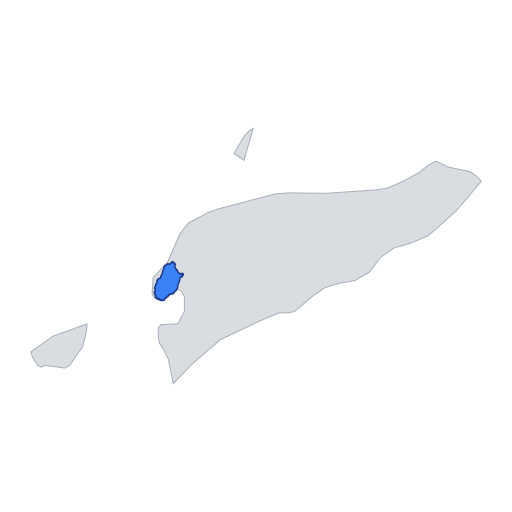 location of Balibo, Bobonaro, East Timor
{"feature_id": "22284137B63057021325797", "entity_name": "Balibo", "entity_type": "district", "adm_level": 2, "iso_a3": "TLS", "parent_name": "East Timor", "parent_adm1": "Bobonaro", "projection": "equal_earth", "projection_center": [125.004, -8.961], "detail": "fine", "context": "in_parent", "style": "filled", "palette": "blue", "viewbox_px": 512, "rotation_deg": 0, "n_neighbors": 0, "source": "geoboundaries", "source_scale": "gbopen_adm2", "svg_char_len": 5463}
<svg xmlns="http://www.w3.org/2000/svg" viewBox="0 0 512 512"><path d="M173.2,383.6L168.4,359.5L163.4,349.1L159.4,343.2L158.1,335.8L158.3,328.2L160.7,324.7L177.7,323.8L184.4,311.3L184.4,296.4L181.0,291.3L177.7,289.2L160.1,300.4L155.1,298.4L152.1,294.3L153.1,277.7L167.5,262.2L179.8,234.1L188.4,222.9L208.5,212.4L216.6,209.4L275.0,193.9L288.9,192.9L326.0,193.3L375.5,190.0L387.8,187.9L403.6,181.0L419.0,172.6L427.2,165.9L435.7,161.1L448.5,167.1L470.1,171.7L475.9,175.8L481.3,181.3L456.1,211.0L428.5,235.5L411.5,242.9L394.0,247.9L380.6,257.4L369.3,272.2L354.8,280.6L338.6,283.4L324.7,287.8L312.1,296.6L294.5,311.5L287.4,313.0L279.9,312.7L265.4,318.4L220.2,339.7L192.8,363.5L173.2,383.6ZM30.7,352.0L53.1,336.1L87.1,323.9L86.2,332.8L82.7,346.9L77.6,353.5L69.8,365.4L64.7,368.0L44.3,365.4L41.7,367.1L38.2,365.9L33.0,358.3L30.7,352.0ZM253.2,128.4L243.9,160.4L233.9,153.5L244.6,135.6L249.7,130.2L253.2,128.4Z" fill="#d9dde1" stroke="#a8b0b8" stroke-width="1"/><path d="M164.4,265.9L164.2,266.5L164.1,266.9L163.9,267.4L163.9,267.7L163.9,268.4L163.9,268.6L163.7,269.0L163.5,269.7L163.0,270.5L162.8,270.9L162.5,272.1L162.5,272.3L162.4,272.7L162.4,273.2L162.3,273.3L162.0,274.3L161.9,274.6L161.6,275.0L161.1,275.4L161.1,275.6L161.0,276.2L160.8,277.0L160.7,277.3L160.5,277.7L160.0,278.2L159.8,278.3L159.7,278.5L159.2,278.4L158.9,278.5L158.5,278.9L158.4,278.9L158.3,279.0L158.3,278.9L158.1,279.0L157.9,279.1L157.7,279.4L157.6,279.7L157.5,280.0L157.3,280.2L157.0,280.6L156.9,280.6L156.9,280.8L157.0,281.0L157.1,281.7L157.0,282.0L157.0,282.5L156.9,282.7L156.9,282.8L156.7,282.8L156.6,283.0L156.3,283.5L156.3,283.8L156.3,284.0L156.0,284.2L155.9,284.3L155.8,284.5L155.7,284.5L155.7,284.8L155.7,285.0L155.7,285.3L155.7,285.5L155.5,285.8L155.4,285.8L155.3,286.1L155.2,286.4L155.1,286.5L155.1,286.8L155.0,287.1L154.9,287.1L154.8,287.4L154.7,287.5L154.6,287.9L154.6,288.1L154.6,288.3L154.8,288.5L155.1,288.6L155.2,289.0L155.3,289.2L155.2,289.3L155.1,289.6L155.0,289.8L155.1,290.0L155.1,290.7L155.2,291.0L155.1,291.5L155.2,291.9L154.8,291.8L154.7,291.9L154.4,291.8L154.4,293.7L154.6,294.0L154.8,294.4L155.0,294.5L155.1,294.9L155.4,295.1L155.5,295.2L155.5,295.3L155.8,295.3L155.7,295.5L155.7,295.9L155.6,296.1L155.5,296.3L155.6,296.5L155.6,296.9L155.5,297.1L155.8,297.2L155.9,297.3L155.8,297.5L156.0,297.6L156.3,297.5L156.5,297.8L156.5,298.0L156.8,298.3L156.9,298.1L157.0,298.0L156.9,297.9L156.9,297.7L157.0,297.5L157.1,297.4L157.3,297.5L157.4,297.9L157.4,298.2L157.4,298.8L157.5,299.0L157.8,299.3L158.1,299.3L158.5,299.2L158.8,299.3L159.1,299.2L159.2,298.9L159.3,298.8L159.6,298.9L160.0,299.4L160.2,300.0L160.3,300.2L160.5,300.3L161.0,300.5L161.3,300.5L161.5,300.6L161.8,300.5L162.0,300.4L162.1,299.7L162.3,299.7L162.5,300.3L163.0,300.4L163.2,300.5L163.3,300.5L163.6,300.5L163.7,300.4L163.9,300.3L164.4,300.1L164.5,300.0L164.8,299.5L164.9,298.8L165.0,298.6L165.1,298.4L165.2,297.9L165.3,297.7L166.1,297.8L166.5,297.8L166.7,297.6L166.8,297.4L166.8,297.0L166.7,296.7L166.8,296.4L167.0,296.3L167.2,296.5L167.4,296.6L167.9,296.6L168.0,296.5L168.2,296.2L168.1,295.8L168.2,295.6L168.4,295.4L168.6,295.4L168.8,295.2L169.0,294.6L169.3,294.8L169.5,294.5L169.7,294.4L170.4,294.4L170.8,294.4L171.1,294.4L171.2,294.2L171.3,293.9L171.6,293.6L171.8,293.5L172.0,293.5L172.3,293.7L172.6,293.8L173.0,293.7L173.3,293.6L173.5,293.3L173.7,293.1L173.8,292.9L173.8,292.7L174.0,292.7L174.3,292.6L174.6,292.1L174.9,291.7L175.0,291.5L175.1,291.2L175.9,290.7L176.0,290.6L176.1,290.4L176.3,290.2L176.4,289.9L176.5,289.7L176.6,289.4L176.9,289.2L177.0,288.9L177.2,288.6L177.4,288.2L177.6,287.4L177.6,287.1L177.6,286.8L177.7,286.7L177.8,286.4L177.9,286.1L177.9,285.8L177.9,285.6L177.8,285.3L177.8,285.1L178.0,284.4L178.1,283.6L178.2,283.4L178.3,283.3L178.8,282.9L178.9,282.7L179.0,282.4L179.2,282.0L179.1,281.7L179.3,281.0L179.6,280.5L179.6,280.3L179.7,279.3L179.7,278.7L179.8,278.6L179.9,278.4L180.1,278.0L180.3,277.8L180.4,277.7L180.6,277.2L181.0,277.2L181.5,277.0L181.9,276.9L182.0,276.9L182.0,276.7L182.4,276.3L182.6,276.1L182.8,275.8L182.9,275.5L183.2,275.0L183.2,274.6L183.2,274.1L183.2,273.9L182.8,273.9L182.6,273.9L182.4,274.0L182.1,274.3L181.9,274.1L181.9,273.9L181.8,274.0L181.7,274.0L181.1,274.1L181.0,273.8L180.9,273.9L180.9,274.0L180.8,273.9L180.7,273.9L180.4,273.9L180.2,273.7L179.9,273.7L179.7,273.8L179.7,273.7L179.7,273.4L179.3,273.1L179.1,273.1L178.8,273.1L178.6,272.8L178.4,272.7L178.0,272.0L178.0,271.8L177.7,271.7L177.6,271.1L177.3,270.7L177.3,270.4L177.1,270.2L176.8,269.8L176.8,269.7L176.6,269.7L176.4,269.9L176.3,269.5L176.3,269.4L176.1,269.1L176.0,268.9L175.9,268.7L175.7,268.5L175.5,268.1L175.3,267.5L174.9,266.9L174.9,266.5L174.7,266.1L174.7,265.8L174.8,265.6L174.9,265.2L175.0,264.8L175.3,264.7L175.4,264.4L175.3,264.2L175.2,264.1L174.8,263.8L174.8,263.7L174.7,263.6L174.7,263.4L174.4,263.0L174.3,262.8L174.2,262.7L173.9,262.6L173.7,262.6L173.6,262.8L173.2,262.6L173.0,262.4L172.9,262.0L172.8,261.9L172.7,261.9L172.7,261.7L172.4,261.7L172.4,261.9L172.3,262.1L172.2,262.2L171.9,262.2L171.7,262.2L171.5,262.3L171.5,262.5L171.4,262.6L171.4,262.9L171.4,263.0L171.1,263.0L170.8,263.1L170.8,263.4L170.8,263.5L170.6,263.6L170.4,263.5L170.2,263.7L170.2,264.0L169.9,264.3L169.7,264.4L169.4,264.2L169.2,264.1L168.9,264.2L168.7,264.1L168.4,263.8L168.2,263.9L167.7,263.8L167.4,263.9L167.1,264.1L166.9,264.5L166.7,264.7L166.1,265.3L165.8,265.4L165.7,265.3L165.4,265.5L165.4,265.3L165.2,265.3L164.9,265.6L164.8,265.8L164.6,265.8L164.4,265.9Z" fill="#3b82f6" stroke="#1e3a8a" stroke-width="1.5"/></svg>